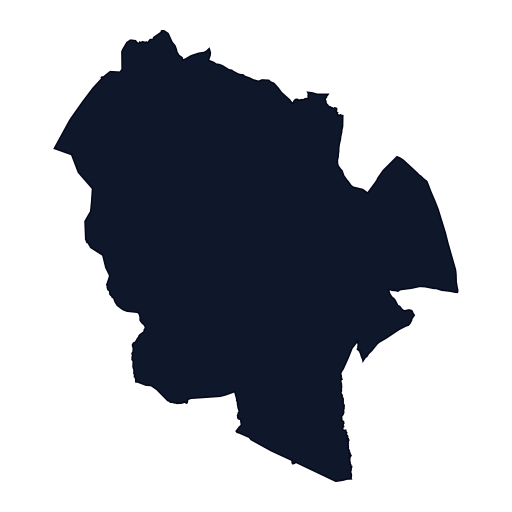 the district of Sør-Aurdal nor, Oppland, Norway
{"feature_id": "86288312B19107162508437", "entity_name": "Sør-Aurdal nor", "entity_type": "district", "adm_level": 2, "iso_a3": "NOR", "parent_name": "Norway", "parent_adm1": "Oppland", "projection": "orthographic", "projection_center": [9.715, 60.667], "detail": "fine", "context": "isolated", "style": "filled", "palette": "ink", "viewbox_px": 512, "rotation_deg": 0, "n_neighbors": 0, "source": "geoboundaries", "source_scale": "gbopen_adm2", "svg_char_len": 6016}
<svg xmlns="http://www.w3.org/2000/svg" viewBox="0 0 512 512"><path d="M351.3,478.9L351.0,478.2L351.4,475.7L351.3,474.3L350.8,473.3L351.0,473.1L350.5,471.9L351.1,470.3L351.0,469.5L351.2,469.3L351.2,468.1L351.7,467.0L351.5,466.8L351.6,466.4L350.9,466.2L350.9,465.7L350.6,465.3L350.7,464.5L350.3,464.3L350.4,464.2L349.9,463.3L350.2,462.7L349.7,461.8L349.8,461.4L349.4,461.3L349.8,461.2L349.5,460.3L349.8,459.8L349.1,459.2L349.4,458.1L350.0,457.9L349.8,457.5L350.7,456.1L350.2,455.8L350.7,455.5L350.3,455.3L350.6,455.0L350.1,454.7L350.2,453.9L349.7,453.7L349.9,453.4L349.7,453.1L349.8,452.4L349.0,452.3L348.9,451.3L349.3,450.5L348.4,449.5L348.5,449.1L348.2,448.3L348.4,447.3L347.9,446.7L348.4,445.9L347.8,443.4L348.3,443.3L348.0,442.3L348.4,441.3L348.1,440.7L348.8,440.2L348.3,438.6L347.2,439.1L347.0,437.5L347.7,436.8L347.6,436.2L346.3,434.2L346.3,433.6L346.7,432.6L345.8,432.1L346.0,431.4L345.7,430.2L343.7,430.4L343.1,429.8L342.6,428.5L342.6,427.8L343.7,426.4L343.0,425.6L343.4,423.8L343.9,423.1L343.4,422.2L343.5,421.5L341.0,420.1L341.9,419.2L341.6,417.3L341.7,416.2L343.2,414.2L343.7,412.6L343.8,412.0L343.5,410.8L343.6,409.5L343.9,409.1L343.7,408.6L344.1,408.1L344.0,407.3L344.2,405.4L343.0,403.1L343.2,402.1L343.2,399.2L342.8,397.8L341.9,396.5L342.3,395.4L341.3,394.0L340.8,392.6L341.5,390.9L341.3,389.3L341.6,387.0L341.3,383.1L340.8,382.3L340.8,380.6L341.2,379.9L341.2,379.4L341.9,379.3L341.3,377.2L341.2,375.4L340.8,374.6L340.7,373.4L341.6,371.3L343.2,368.9L348.1,358.0L352.0,348.3L357.7,340.9L357.8,342.9L358.1,343.8L358.2,345.5L357.9,346.3L358.1,347.7L357.4,348.8L357.4,349.3L359.9,351.4L359.9,352.2L360.6,353.5L361.4,356.4L361.8,356.9L361.8,357.3L362.8,359.7L363.0,361.0L365.0,357.9L367.3,355.9L368.3,353.9L371.6,350.7L377.2,343.8L379.1,342.2L386.0,338.2L399.0,329.5L405.8,326.0L408.4,325.2L410.0,323.3L411.5,320.4L411.9,318.7L414.3,315.1L413.2,313.8L412.2,311.2L411.4,310.5L408.9,309.9L404.8,310.8L403.7,310.6L402.0,309.4L399.6,306.3L397.8,305.6L395.1,300.2L394.1,298.9L391.6,296.8L389.4,293.1L388.7,290.4L390.3,289.5L392.0,290.3L395.7,290.6L398.0,291.2L399.5,290.0L400.5,289.6L411.5,288.2L419.7,286.4L425.1,286.7L433.7,288.4L436.4,288.5L441.6,290.2L450.3,291.2L455.0,292.2L457.4,292.4L457.7,291.7L457.7,289.8L457.2,288.0L456.2,281.7L456.0,274.2L455.5,269.8L447.9,243.2L445.3,232.8L438.1,209.4L434.8,201.0L430.9,191.9L426.9,181.5L423.0,178.4L421.1,176.4L418.3,174.5L418.0,173.8L403.3,160.2L400.3,158.2L397.0,156.7L383.2,170.5L377.7,178.4L377.3,179.6L375.5,182.4L367.6,193.1L362.8,189.5L353.0,187.1L350.9,185.4L348.3,181.7L346.8,180.0L343.7,175.6L342.1,170.8L340.4,169.0L338.0,165.6L337.5,163.1L337.4,160.0L338.1,157.2L338.3,154.0L338.6,152.2L338.8,147.6L339.3,144.0L340.4,139.4L340.7,136.5L341.7,132.1L341.7,130.6L342.6,126.4L342.8,115.6L341.2,115.6L340.7,114.8L339.1,115.3L338.4,115.0L338.4,115.4L338.0,115.6L337.1,114.0L337.3,113.5L337.1,113.0L337.5,112.6L336.0,111.7L336.8,109.3L336.5,108.4L334.7,107.8L333.5,108.6L332.8,108.5L332.3,107.8L331.4,107.7L330.5,106.9L329.4,107.2L329.4,106.7L328.1,105.9L327.8,105.1L326.8,104.3L326.1,102.9L325.8,101.8L325.9,101.3L325.0,99.0L326.5,97.1L326.4,96.4L326.6,96.0L327.2,95.6L328.1,94.3L317.4,94.3L312.0,92.8L307.8,92.3L308.3,93.0L308.1,93.9L308.5,95.0L308.0,95.9L308.4,97.6L308.3,98.4L305.0,98.7L303.7,99.7L301.1,99.7L298.4,100.4L298.1,99.7L297.1,99.2L295.4,99.5L294.2,100.8L292.8,103.6L290.5,101.2L289.9,100.1L281.4,92.5L278.1,88.0L273.9,83.3L270.3,81.8L268.8,80.3L262.0,79.9L258.6,81.3L253.1,79.8L249.6,78.0L244.9,76.4L242.8,74.7L241.1,74.8L238.1,74.0L232.5,71.0L231.9,70.3L228.8,69.7L222.3,65.7L219.2,64.5L216.1,64.1L213.5,62.3L208.6,60.4L208.7,59.5L210.1,55.3L210.4,52.7L209.2,48.6L206.2,51.4L203.8,52.5L198.9,53.2L193.9,54.8L190.6,56.0L185.6,59.0L182.6,60.0L182.1,57.6L178.9,55.4L176.9,51.9L176.3,49.3L175.0,45.8L172.0,42.1L168.1,33.5L163.9,30.7L161.5,30.8L161.3,31.2L161.3,32.2L153.8,37.4L153.6,37.7L153.6,38.8L152.6,39.4L150.1,39.6L148.4,41.8L147.3,42.8L146.9,42.8L146.3,42.0L144.8,42.4L142.7,41.7L140.2,42.7L139.7,42.2L139.4,43.0L138.4,43.3L137.1,42.8L135.5,40.7L130.5,40.1L126.9,42.5L122.7,49.7L121.9,51.6L122.1,69.3L120.0,72.2L110.2,71.6L102.8,77.5L102.1,76.9L101.4,77.6L102.1,78.3L93.3,87.8L82.9,101.5L71.4,117.8L69.5,120.7L54.3,148.5L71.6,154.6L78.4,172.4L92.5,188.6L91.6,202.2L90.7,211.4L85.0,221.3L85.7,239.4L86.1,240.2L87.0,240.5L86.9,241.0L86.5,241.4L86.6,242.0L87.2,242.6L88.3,242.9L89.1,244.9L90.0,245.4L90.1,246.7L91.3,247.9L102.8,255.2L105.8,267.5L109.7,275.5L109.2,277.7L106.7,285.0L107.5,285.8L107.2,287.7L107.7,288.6L107.9,289.6L109.6,291.0L110.0,294.5L111.8,296.1L112.1,297.1L113.7,298.1L115.1,301.9L117.3,305.4L121.4,308.5L123.4,309.8L127.0,311.2L136.6,312.2L138.2,312.7L139.2,314.0L140.1,316.9L140.1,320.1L140.4,320.8L142.2,323.1L144.4,325.0L145.3,327.0L145.3,328.3L144.2,329.8L144.2,331.0L143.6,332.1L140.2,334.5L139.0,335.8L138.6,337.4L137.8,338.0L135.4,342.2L133.6,342.9L132.5,344.7L132.6,346.1L133.2,347.8L133.2,350.4L132.9,352.3L132.4,352.7L132.0,353.9L132.6,355.5L132.1,357.1L132.2,359.0L132.0,359.7L132.9,360.4L133.2,361.9L133.0,366.8L133.6,369.0L134.2,369.5L133.9,370.6L134.1,371.4L133.8,373.2L134.7,374.3L134.4,374.9L134.7,375.5L134.4,376.3L134.4,376.8L135.3,377.4L135.5,378.6L135.9,378.8L135.7,380.1L135.8,381.9L137.9,382.1L145.7,385.1L151.2,385.6L156.8,389.5L167.7,400.6L169.1,401.1L170.4,402.2L173.6,402.4L174.1,402.9L175.7,402.9L176.6,403.4L181.8,403.1L184.3,402.2L185.4,402.4L186.3,403.2L187.1,402.8L187.5,401.6L187.4,400.8L187.9,399.4L190.9,398.3L220.0,396.3L224.9,395.1L234.7,391.6L236.9,399.5L236.6,400.1L237.6,402.7L237.4,404.1L237.7,404.6L238.1,408.0L238.5,408.5L238.7,409.9L239.4,410.9L239.0,412.1L238.3,412.8L238.2,414.0L237.5,415.7L237.8,416.4L237.7,417.8L238.7,419.0L240.6,419.3L240.9,420.0L240.8,421.2L241.4,424.5L241.0,425.5L239.0,427.4L236.2,431.2L237.1,432.4L239.4,433.0L249.2,437.3L251.2,439.7L271.1,450.7L292.3,460.5L292.1,461.5L292.5,462.0L292.1,462.3L292.1,462.8L292.8,463.8L294.8,463.2L295.3,462.0L335.8,481.3L343.0,480.2L346.9,479.1L351.3,478.9Z" fill="#0f172a" stroke="#020617" stroke-width="1.5"/></svg>